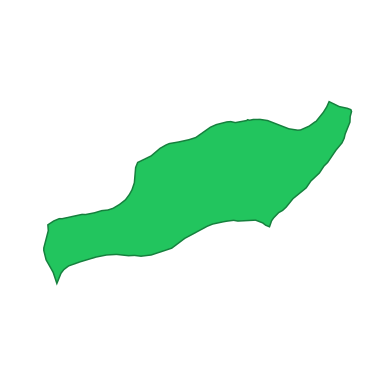 the district of San Miguel Acatán, Huehuetenango, Guatemala, rotated 291°
{"feature_id": "79465075B13081043036874", "entity_name": "San Miguel Acatán", "entity_type": "district", "adm_level": 2, "iso_a3": "GTM", "parent_name": "Guatemala", "parent_adm1": "Huehuetenango", "projection": "robinson", "projection_center": [-91.621, 15.749], "detail": "fine", "context": "isolated", "style": "filled", "palette": "green", "viewbox_px": 384, "rotation_deg": 291, "n_neighbors": 0, "source": "geoboundaries", "source_scale": "gbopen_adm2", "svg_char_len": 1299}
<svg xmlns="http://www.w3.org/2000/svg" viewBox="0 0 384 384"><g transform="rotate(291 192 192)"><path d="M325.8,310.8L325.8,307.0L324.5,298.8L325.5,287.6L319.8,287.3L313.5,286.1L302.3,282.5L301.5,281.7L295.5,277.8L288.8,271.1L287.6,268.6L285.7,259.8L285.8,237.0L284.2,229.7L281.6,223.1L279.6,220.1L279.4,218.0L278.3,217.4L272.3,207.6L271.6,202.9L269.9,199.4L263.6,190.5L259.1,186.0L244.2,176.0L239.7,170.4L233.9,161.6L229.1,153.5L226.6,150.9L221.4,146.6L211.0,140.9L200.1,130.7L194.7,130.6L179.9,134.9L172.5,135.2L167.4,134.5L160.9,132.7L154.4,128.8L148.5,124.2L145.0,119.9L142.3,114.5L137.6,108.4L132.8,100.7L131.7,97.4L120.5,80.3L119.5,77.6L115.4,73.3L109.7,69.2L104.4,71.7L86.7,73.7L84.3,74.6L76.4,80.1L69.9,88.0L67.1,91.3L58.2,98.6L69.1,98.8L73.6,100.1L78.8,103.3L86.5,112.3L96.8,125.6L102.6,134.8L106.7,143.9L109.8,155.6L112.2,161.0L113.8,167.4L118.6,176.5L132.3,193.2L146.1,201.8L165.5,218.5L169.5,222.8L175.3,231.7L177.4,235.2L180.5,241.0L181.3,245.2L188.5,261.4L188.5,269.0L187.4,272.7L187.3,276.8L193.7,276.6L197.2,277.5L203.8,280.3L207.3,283.2L211.6,285.3L222.1,288.7L236.8,297.1L244.8,299.0L255.4,304.1L263.5,305.9L268.1,308.0L282.7,311.4L291.5,314.4L296.7,314.8L301.0,314.2L313.8,314.4L319.2,312.6L324.3,312.1L325.8,310.8Z" fill="#22c55e" stroke="#15803d" stroke-width="1.5"/></g></svg>